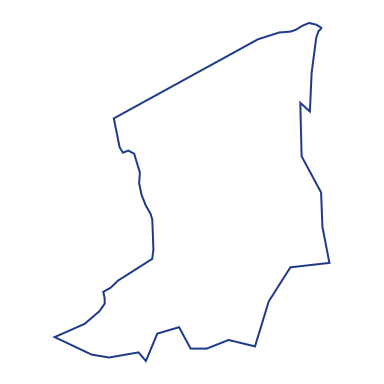 an SVG outline of Dundagas
{"feature_id": "LVA-5721", "entity_name": "Dundagas", "entity_type": "Municipality", "adm_level": 1, "iso_a3": "LVA", "parent_name": "Latvia", "parent_adm1": "", "projection": "orthographic", "projection_center": [22.37, 57.579], "detail": "fine", "context": "isolated", "style": "outline", "palette": "blue", "viewbox_px": 384, "rotation_deg": 0, "n_neighbors": 0, "source": "natural_earth", "source_scale": "10m", "svg_char_len": 735}
<svg xmlns="http://www.w3.org/2000/svg" viewBox="0 0 384 384"><path d="M113.8,118.4L258.1,39.2L279.2,32.5L290.6,31.6L296.2,29.6L302.3,25.8L308.9,23.0L316.1,24.6L321.2,27.7L321.0,28.8L318.5,31.1L316.2,37.8L311.6,73.1L309.9,111.5L300.3,102.9L301.6,156.3L321.1,192.5L322.4,226.7L329.4,262.9L290.4,267.3L268.7,301.5L255.0,346.4L228.5,340.0L206.7,348.6L190.6,348.6L179.1,327.2L157.3,333.6L145.9,361.0L138.5,352.4L109.1,357.5L91.6,354.6L54.6,337.1L84.7,323.8L99.3,311.3L104.7,303.7L104.6,298.1L103.3,291.8L110.8,287.6L118.0,280.6L152.2,258.9L153.4,249.5L152.3,219.8L150.6,213.9L145.8,205.6L141.5,194.7L139.1,183.2L139.9,172.7L134.2,153.8L128.3,150.6L122.9,152.7L119.6,147.2L113.8,118.4Z" fill="none" stroke="#1e3a8a" stroke-width="2"/></svg>